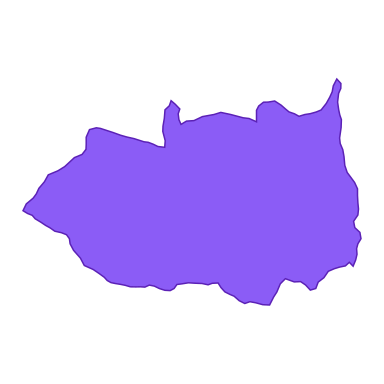 Tupi Paulista, São Paulo, Brazil
{"feature_id": "56859067B94686209364934", "entity_name": "Tupi Paulista", "entity_type": "district", "adm_level": 2, "iso_a3": "BRA", "parent_name": "Brazil", "parent_adm1": "São Paulo", "projection": "robinson", "projection_center": [-51.584, -21.384], "detail": "fine", "context": "isolated", "style": "filled", "palette": "violet", "viewbox_px": 384, "rotation_deg": 0, "n_neighbors": 0, "source": "geoboundaries", "source_scale": "gbopen_adm2", "svg_char_len": 2073}
<svg xmlns="http://www.w3.org/2000/svg" viewBox="0 0 384 384"><path d="M353.1,266.2L355.7,259.9L357.0,254.3L356.6,248.6L357.9,243.8L361.0,238.7L359.9,232.4L354.8,227.6L353.6,221.3L357.9,215.0L358.5,209.0L357.9,202.9L357.5,195.6L357.5,188.8L354.6,182.5L350.5,176.9L347.2,172.5L344.8,165.4L344.0,156.6L342.8,149.7L340.2,143.5L339.6,138.0L340.4,132.5L341.1,127.6L341.4,119.6L339.8,115.0L338.7,109.8L337.6,102.1L338.6,93.4L340.8,88.4L340.9,83.5L336.8,79.0L333.3,85.8L332.2,91.8L329.8,97.1L326.3,103.4L321.1,110.0L316.2,112.0L310.2,113.7L304.9,114.5L299.0,116.3L294.5,113.8L289.0,111.9L285.5,109.0L281.2,105.2L274.7,101.0L268.0,102.1L263.5,102.2L258.7,106.0L256.5,110.3L256.5,121.8L249.1,118.5L243.2,117.8L237.5,116.3L230.7,114.5L220.8,112.4L214.0,114.5L202.4,116.6L194.0,120.6L186.5,121.1L181.0,124.4L178.9,119.6L178.2,113.8L179.8,109.0L175.2,104.2L171.1,100.7L169.3,105.8L165.0,109.8L164.3,118.5L163.0,126.1L162.8,131.4L165.2,140.7L164.7,147.3L157.9,146.5L153.2,144.2L148.2,142.3L144.0,141.8L134.0,138.6L126.8,137.0L120.5,135.2L113.0,132.5L100.4,128.4L96.3,127.8L89.5,129.6L86.2,137.2L86.2,144.4L86.0,149.3L82.1,154.4L74.4,157.6L64.7,166.6L57.7,170.9L48.3,174.8L44.4,181.8L38.9,188.3L36.3,193.9L33.2,198.1L26.3,203.9L23.0,210.7L27.6,213.5L32.2,215.3L35.2,218.8L40.7,222.1L45.6,225.4L49.8,227.7L54.8,231.2L61.4,232.7L66.5,234.7L69.4,238.7L70.1,243.8L73.6,250.4L80.4,258.1L84.3,265.5L93.2,269.5L99.1,273.5L104.3,277.3L107.2,280.5L110.9,282.6L115.2,283.5L120.2,284.3L125.2,285.3L130.3,286.8L135.8,286.9L140.5,286.8L144.9,287.1L149.3,285.1L154.3,286.1L159.5,288.6L164.9,290.3L170.2,290.6L174.1,288.5L176.9,284.5L182.2,283.8L188.4,282.8L194.8,283.2L202.0,283.5L208.1,284.8L212.2,283.3L218.1,283.0L221.0,287.6L224.9,291.9L229.9,294.4L234.1,296.2L239.2,300.7L244.8,303.5L249.9,301.7L255.8,302.8L262.8,304.7L269.6,305.0L273.7,296.9L276.8,292.1L280.3,283.8L285.4,278.7L294.2,281.9L300.6,281.6L305.6,285.0L310.3,290.1L315.8,288.5L318.2,282.1L323.9,277.7L328.3,271.3L334.3,268.7L339.5,267.1L345.4,265.9L349.3,262.3L353.1,266.2Z" fill="#8b5cf6" stroke="#5b21b6" stroke-width="1.5"/></svg>